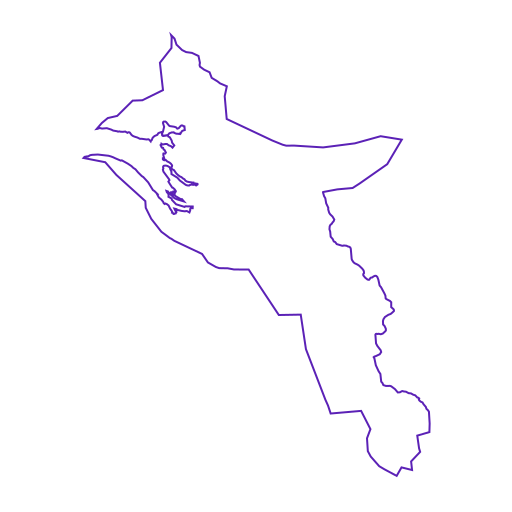 Deatnu sme 1, Finnmark, Norway (orthographic projection), rotated 269°
{"feature_id": "86288312B77332611217314", "entity_name": "Deatnu sme 1", "entity_type": "district", "adm_level": 2, "iso_a3": "NOR", "parent_name": "Norway", "parent_adm1": "Finnmark", "projection": "orthographic", "projection_center": [27.521, 70.269], "detail": "fine", "context": "isolated", "style": "outline", "palette": "violet", "viewbox_px": 512, "rotation_deg": 269, "n_neighbors": 0, "source": "geoboundaries", "source_scale": "gbopen_adm2", "svg_char_len": 6090}
<svg xmlns="http://www.w3.org/2000/svg" viewBox="0 0 512 512"><g transform="rotate(269 256 256)"><path d="M478.3,175.0L476.3,175.5L465.4,175.1L450.9,163.3L423.5,165.9L413.7,145.1L413.5,135.4L398.5,119.7L396.5,110.2L391.7,104.2L385.8,98.9L385.9,99.7L386.7,102.0L386.1,104.3L386.4,109.1L384.9,113.5L383.9,115.4L383.1,119.5L382.8,120.0L382.8,120.7L383.0,121.4L382.6,122.9L382.5,125.2L382.7,127.5L381.4,129.6L381.9,130.4L382.0,131.1L381.6,132.0L379.3,133.6L378.3,134.8L377.5,136.5L376.5,139.5L375.2,142.0L375.2,143.7L374.4,148.7L374.6,150.4L374.1,151.3L372.4,152.7L373.2,153.0L373.6,153.7L376.1,154.8L377.7,156.6L378.9,159.5L380.3,160.3L380.8,161.1L381.6,163.6L381.6,164.4L381.8,165.1L386.8,166.4L390.6,165.3L391.5,165.5L392.0,166.1L392.0,167.7L391.4,168.6L387.9,171.3L387.4,172.1L386.7,176.3L386.1,178.2L384.7,179.5L385.1,180.9L387.5,183.1L387.8,183.8L387.9,184.2L387.6,185.1L386.9,185.9L387.1,185.9L386.9,186.7L383.2,187.0L382.7,185.3L382.1,184.1L379.6,182.6L379.8,182.4L379.5,182.3L379.3,181.3L379.5,180.9L379.7,178.4L380.4,176.7L381.1,175.9L380.9,175.4L381.1,174.2L380.2,171.5L378.5,170.0L377.8,165.3L378.5,164.3L380.2,164.6L380.1,164.8L380.4,164.5L380.4,164.1L378.6,164.2L377.8,164.7L377.6,165.4L378.1,169.2L378.0,170.0L377.0,170.4L376.2,171.9L372.9,173.7L370.8,174.1L368.0,176.2L365.8,174.4L367.3,172.9L368.2,170.6L369.5,169.0L369.6,167.4L369.1,164.6L369.9,163.4L368.9,163.2L368.9,162.8L368.6,162.5L366.4,163.5L365.9,163.9L365.9,164.5L365.7,165.0L364.1,165.5L363.6,166.4L361.0,167.7L360.0,167.0L360.0,166.0L359.8,165.5L360.0,165.2L359.8,165.1L358.4,165.1L354.5,166.1L354.4,166.0L354.6,165.6L354.4,165.7L354.5,165.4L354.1,165.1L354.3,164.6L354.2,164.6L353.3,165.6L353.5,165.5L353.3,166.0L353.4,166.6L353.7,167.0L353.7,167.3L352.2,168.8L350.9,171.2L349.7,172.6L348.1,173.7L346.9,173.5L346.4,173.0L344.7,173.2L343.5,174.9L343.3,175.5L340.0,177.7L338.5,179.2L336.9,181.2L336.2,182.8L334.6,184.6L334.0,185.8L332.6,186.7L331.6,188.3L331.0,190.9L330.8,192.5L330.5,192.9L330.6,193.6L330.4,194.2L330.5,194.8L330.1,194.9L329.6,195.7L329.6,196.1L329.4,196.0L329.5,196.2L329.2,196.7L329.4,197.3L328.9,198.4L329.1,198.7L328.9,198.9L328.3,198.6L328.3,197.9L327.6,197.3L328.7,195.4L328.2,194.5L328.6,193.0L328.1,191.0L327.6,190.3L327.8,188.5L328.3,187.1L332.8,181.2L335.7,178.7L339.4,172.9L341.9,172.9L344.2,171.8L346.1,171.4L347.5,169.2L347.9,167.9L348.0,167.0L347.9,166.7L347.9,165.9L347.7,165.2L346.6,164.6L345.0,164.9L344.1,164.4L342.0,164.9L334.4,170.3L333.4,170.8L331.9,169.7L329.2,171.3L325.9,173.4L325.7,174.1L324.1,175.8L322.2,177.0L320.8,176.3L320.8,175.8L320.4,175.7L320.7,175.3L321.9,175.1L322.0,174.4L321.0,173.8L321.3,172.2L320.9,171.7L320.1,171.7L319.8,172.2L320.4,172.8L319.7,173.5L318.5,174.0L318.3,174.3L318.9,175.2L318.5,175.8L317.4,176.4L314.1,181.8L314.2,182.9L311.8,184.9L314.1,177.8L315.3,175.4L317.7,173.1L318.0,172.5L320.1,170.9L320.8,169.8L322.0,169.2L322.6,167.6L321.3,168.0L319.9,169.3L318.1,169.7L316.7,169.5L315.0,172.6L313.6,172.9L309.1,177.0L306.3,185.5L306.9,186.1L306.6,193.6L304.9,193.5L304.9,191.5L304.1,191.0L302.7,191.0L300.7,190.2L302.0,188.0L302.2,187.0L301.9,185.8L302.4,182.3L303.2,179.2L303.2,177.9L304.2,177.5L304.8,175.2L302.6,176.2L301.2,177.2L300.1,176.5L300.3,176.2L299.6,175.2L299.4,174.6L299.5,174.2L300.7,173.5L300.8,173.4L300.7,173.2L300.8,172.8L301.5,173.0L302.4,172.6L304.9,170.9L308.0,169.5L309.5,167.7L310.1,166.2L309.6,165.6L310.3,164.7L311.8,164.1L314.0,162.4L316.2,159.9L319.3,158.3L319.5,158.7L322.7,155.6L323.7,154.1L331.5,149.5L336.9,144.7L337.8,143.3L341.7,139.5L344.8,137.0L346.2,134.9L348.1,133.0L350.6,129.4L354.0,123.5L353.7,122.5L356.1,117.1L357.2,114.9L358.1,112.6L358.8,110.3L360.2,99.7L360.0,93.8L359.7,92.0L358.4,89.7L358.6,89.0L358.1,86.3L357.0,85.3L352.4,106.9L339.5,117.8L312.8,146.3L306.1,146.6L295.0,151.9L281.9,161.8L275.4,170.2L274.7,171.7L272.6,174.6L259.0,202.1L250.4,207.8L245.7,215.7L244.5,219.0L244.2,227.5L242.9,233.8L242.6,248.4L196.6,277.8L196.6,299.7L162.0,304.3L111.0,322.9L105.2,325.4L97.2,327.9L99.3,358.4L80.9,367.4L71.8,363.8L58.9,364.4L53.5,367.2L43.7,375.5L40.6,380.5L33.7,392.8L42.1,397.8L39.3,408.3L47.9,407.5L57.3,416.7L60.8,415.7L73.6,414.1L76.9,426.3L85.4,426.7L97.2,426.2L98.6,425.4L100.3,423.7L102.1,423.2L104.9,420.9L106.7,419.9L107.4,418.3L108.5,417.0L109.5,416.3L110.7,416.7L111.5,415.7L111.7,414.8L113.9,412.8L114.6,410.7L115.9,408.6L116.2,406.2L117.7,403.6L118.0,401.3L118.4,400.1L118.3,399.5L117.2,397.5L117.1,395.4L120.5,392.6L123.4,388.9L123.8,387.6L123.8,383.7L124.7,381.1L126.8,380.2L128.2,379.0L135.9,378.3L138.6,376.6L144.7,373.9L151.5,372.6L152.8,371.9L153.4,372.6L153.7,373.8L155.6,378.0L157.8,379.5L159.6,379.0L163.9,375.8L166.5,374.5L175.2,374.0L175.9,374.4L176.1,375.0L175.9,376.4L176.1,377.2L175.6,379.4L176.2,381.4L178.6,384.1L179.5,384.6L181.1,384.5L183.8,383.3L185.3,381.9L188.7,381.8L190.5,382.3L192.7,383.8L194.9,387.3L195.7,389.6L196.9,391.1L198.5,392.9L199.5,393.0L200.5,392.5L202.5,390.3L207.4,390.4L208.7,389.2L210.7,385.5L211.4,384.9L214.1,384.7L216.2,383.8L222.6,380.5L224.3,379.1L230.3,377.9L233.0,376.9L234.0,375.8L234.1,375.3L234.1,374.6L233.5,373.1L232.5,371.8L232.4,370.7L232.1,370.1L230.3,368.8L230.2,368.4L230.5,367.1L232.4,364.8L234.7,363.0L236.0,362.9L237.0,363.7L238.5,363.6L239.7,363.3L241.5,362.0L244.5,359.0L245.6,357.4L247.1,354.4L248.3,353.2L250.2,352.0L251.3,351.6L261.5,350.9L262.9,350.4L263.7,349.1L263.9,348.1L264.7,346.6L265.0,344.0L264.7,343.1L264.8,342.1L266.5,336.9L268.5,335.5L269.2,334.0L271.6,333.0L274.0,331.0L279.1,330.6L281.5,329.9L284.4,330.2L285.9,331.0L287.1,332.5L288.1,333.0L289.3,334.2L291.1,334.9L294.1,333.2L296.4,330.9L298.0,329.9L301.3,329.0L303.0,329.1L307.4,327.1L312.5,326.3L314.7,325.1L318.4,324.1L318.8,324.2L321.2,338.5L322.3,353.8L326.7,360.9L345.5,388.8L369.8,403.8L373.6,382.7L366.9,356.8L363.4,325.0L365.7,296.3L365.8,288.1L366.8,284.6L371.2,274.3L393.5,229.1L416.3,227.5L426.2,229.8L429.2,223.1L431.3,220.5L434.9,214.8L440.5,212.8L443.2,207.4L446.3,203.3L447.9,202.9L450.1,203.3L457.0,202.0L460.2,195.5L461.1,189.7L463.2,185.7L468.7,180.2L474.8,178.3L478.3,175.0Z" fill="none" stroke="#5b21b6" stroke-width="2"/></g></svg>